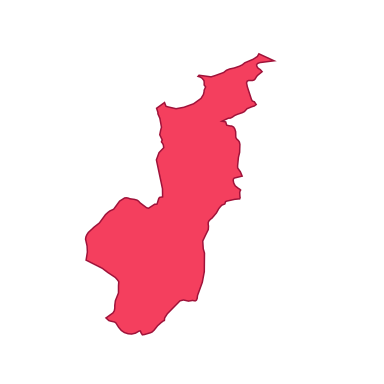 outline of Sucre, rotated 53°
{"feature_id": "COL-1417", "entity_name": "Sucre", "entity_type": "Department", "adm_level": 1, "iso_a3": "COL", "parent_name": "Colombia", "parent_adm1": "", "projection": "albers", "projection_center": [-75.178, 9.212], "detail": "fine", "context": "isolated", "style": "filled", "palette": "rose", "viewbox_px": 384, "rotation_deg": 53, "n_neighbors": 0, "source": "natural_earth", "source_scale": "10m", "svg_char_len": 2668}
<svg xmlns="http://www.w3.org/2000/svg" viewBox="0 0 384 384"><g transform="rotate(53 192 192)"><path d="M104.0,160.1L107.9,161.2L110.0,159.6L115.9,154.6L119.5,147.4L122.5,137.6L122.7,128.5L121.0,124.2L119.1,121.9L118.0,121.0L116.3,117.9L113.9,117.9L111.8,116.3L110.2,115.4L107.1,115.5L105.1,116.3L103.3,117.6L103.0,116.1L111.5,107.5L113.0,103.3L115.6,94.8L115.5,91.2L116.4,87.9L118.4,83.6L120.1,78.4L120.7,75.3L120.6,72.0L122.8,63.2L123.1,58.2L121.9,55.4L136.6,47.5L129.5,59.9L128.8,62.4L129.3,63.9L130.7,64.6L132.9,64.7L135.4,63.8L138.1,63.6L138.3,69.0L138.6,70.8L139.8,73.8L139.9,75.1L139.3,76.7L137.0,79.7L136.7,81.2L137.7,82.8L141.3,84.5L153.5,88.7L155.6,89.1L157.5,87.9L160.8,88.1L160.8,90.5L159.9,93.0L158.6,97.9L159.3,101.7L158.9,104.1L157.3,108.9L156.6,111.7L156.5,114.6L156.1,116.8L154.9,118.6L153.5,125.5L156.3,122.9L159.5,124.1L162.2,121.8L163.2,120.6L165.2,119.7L167.5,119.9L170.2,120.9L174.8,124.2L176.9,124.4L178.7,124.0L180.6,124.1L182.8,125.1L189.0,130.1L192.2,134.0L198.6,139.9L200.4,141.1L204.9,141.2L209.5,142.4L206.3,149.9L206.6,151.2L207.7,152.2L210.0,153.3L213.1,153.8L216.6,152.9L218.5,152.2L219.7,152.0L219.9,152.7L221.1,154.2L224.2,156.3L225.5,157.0L226.2,158.1L225.5,159.1L223.5,162.4L220.3,169.5L219.9,171.0L221.3,173.0L220.5,175.9L220.7,177.7L221.4,180.6L223.4,185.1L224.9,191.7L224.9,193.8L225.3,195.9L226.1,197.4L227.7,198.6L229.1,199.3L231.8,201.6L234.7,207.4L237.6,212.9L244.1,217.2L248.3,218.8L263.0,230.1L270.3,238.1L278.0,249.9L280.1,251.9L281.0,253.5L281.0,254.7L280.2,255.7L279.0,256.7L277.0,260.5L273.1,263.8L271.7,267.1L274.4,285.0L276.1,289.6L278.0,291.4L277.7,292.1L277.7,295.5L278.1,300.0L279.5,305.3L279.8,308.1L279.4,309.9L277.2,315.8L276.2,317.6L273.6,317.4L272.2,316.9L271.7,317.0L271.2,318.2L270.7,322.1L269.1,325.7L266.7,328.4L263.5,330.6L260.0,331.8L256.0,332.0L250.8,331.6L249.2,332.1L246.0,334.8L244.6,335.8L240.8,336.5L241.0,327.9L240.1,325.5L238.2,323.5L236.1,321.9L232.7,318.6L228.4,311.5L222.6,307.1L219.6,304.5L217.4,304.4L214.0,304.7L205.5,307.7L198.9,309.6L182.7,317.6L177.0,311.7L172.0,308.3L165.6,305.4L164.0,303.7L162.9,301.8L161.9,299.1L161.1,291.2L161.0,284.6L158.0,274.7L157.7,271.3L157.7,269.0L158.6,264.9L155.7,255.3L156.2,249.4L157.2,247.8L158.5,246.6L160.1,245.6L163.3,242.4L165.4,240.8L167.1,240.2L169.4,240.0L177.1,237.8L178.8,236.6L179.3,229.2L179.9,228.4L180.6,227.4L180.1,226.5L177.2,222.5L176.8,221.2L178.2,218.4L171.6,213.6L144.9,201.1L140.7,194.6L139.6,187.9L137.0,186.5L135.0,186.2L133.8,186.3L133.2,185.9L132.6,184.5L126.9,183.3L124.1,180.2L121.9,177.4L113.8,173.3L109.1,172.2L107.9,171.3L103.8,169.9L104.0,160.5L104.0,160.1Z" fill="#f43f5e" stroke="#9f1239" stroke-width="1.5"/></g></svg>